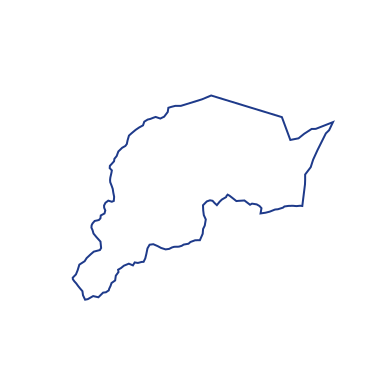 outline of Parekklisia, Limassol, Cyprus, rotated 48°
{"feature_id": "46923920B53591306879990", "entity_name": "Parekklisia", "entity_type": "district", "adm_level": 2, "iso_a3": "CYP", "parent_name": "Cyprus", "parent_adm1": "Limassol", "projection": "albers", "projection_center": [33.161, 34.755], "detail": "fine", "context": "isolated", "style": "outline", "palette": "blue", "viewbox_px": 384, "rotation_deg": 48, "n_neighbors": 0, "source": "geoboundaries", "source_scale": "gbopen_adm2", "svg_char_len": 2214}
<svg xmlns="http://www.w3.org/2000/svg" viewBox="0 0 384 384"><g transform="rotate(48 192 192)"><path d="M234.4,40.5L227.9,57.8L225.2,60.9L223.8,69.7L223.4,76.9L219.1,84.1L196.5,75.1L133.1,113.2L129.8,122.6L120.5,142.7L116.8,146.8L115.0,150.2L113.6,153.2L116.3,156.5L117.4,162.3L116.2,166.4L111.9,168.8L111.0,170.9L109.8,174.1L108.5,176.5L107.8,180.4L109.7,183.8L108.7,188.0L108.1,192.4L107.9,198.0L107.9,201.1L110.5,205.3L112.7,208.3L113.2,210.7L112.4,214.3L112.6,219.6L114.9,224.0L115.4,227.4L117.0,229.4L117.4,233.0L117.6,235.5L119.2,237.2L122.3,237.1L123.8,239.0L126.6,243.0L128.2,244.8L130.0,246.2L133.2,247.4L136.6,248.8L139.8,250.9L143.5,253.1L146.3,256.1L145.6,258.1L142.4,260.0L142.1,263.5L143.2,266.4L144.9,267.8L147.7,268.8L149.4,271.4L148.4,275.5L150.3,277.7L150.5,279.8L150.0,280.9L148.4,283.7L148.8,287.0L149.6,288.9L151.2,290.6L153.7,291.4L157.0,293.0L161.9,293.2L167.6,293.2L172.8,297.0L173.5,299.3L170.6,304.9L170.5,308.9L170.6,314.5L171.6,318.1L170.6,324.3L173.6,329.3L175.6,333.4L175.9,338.0L177.1,338.9L179.5,339.2L182.6,339.2L185.3,339.5L188.6,339.7L192.4,339.8L195.8,342.1L200.5,343.5L201.9,341.1L203.2,335.1L207.6,332.0L207.3,325.4L208.9,323.1L209.4,319.7L208.5,318.3L207.3,315.4L205.8,312.7L206.3,308.3L203.2,304.6L202.3,300.2L200.3,298.9L201.0,295.7L201.2,291.9L203.0,286.9L207.0,285.0L206.0,281.7L208.5,279.7L210.3,276.2L211.5,274.7L210.1,271.2L207.5,267.4L204.1,262.8L202.8,258.8L204.9,255.7L209.3,253.7L212.9,252.4L217.0,250.0L219.0,247.0L219.8,244.0L220.8,241.9L223.8,238.4L225.1,235.7L225.5,233.4L228.1,229.2L228.1,226.6L230.0,221.9L233.1,218.4L230.2,212.0L226.9,208.5L225.5,205.0L221.6,200.1L217.1,198.7L213.2,196.0L209.2,192.7L208.9,187.3L210.2,184.2L212.3,182.6L215.2,182.6L218.4,182.3L217.7,178.0L217.6,174.8L218.2,172.0L218.6,170.1L218.1,169.1L217.8,167.3L219.8,166.6L223.1,166.0L228.4,165.1L229.9,163.1L233.4,158.7L240.3,157.4L240.8,155.2L244.5,152.2L247.6,151.2L250.5,151.2L253.8,155.4L256.6,151.2L258.6,147.4L260.6,142.0L262.3,139.7L264.5,134.9L264.6,133.0L266.9,129.6L269.7,126.3L272.4,123.8L274.6,120.8L276.2,119.4L261.9,102.9L258.8,99.9L254.7,96.2L253.0,87.2L249.0,80.3L244.8,70.6L238.0,53.3L237.8,48.7L234.4,40.5Z" fill="none" stroke="#1e3a8a" stroke-width="2"/></g></svg>